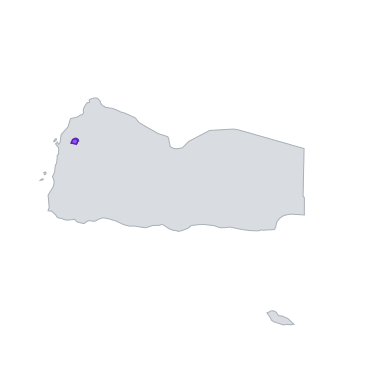 Bani Qays, Hajjah, Yemen shown in context, rotated 24°
{"feature_id": "15242507B13849727966000", "entity_name": "Bani Qays", "entity_type": "district", "adm_level": 2, "iso_a3": "YEM", "parent_name": "Yemen", "parent_adm1": "Hajjah", "projection": "mercator", "projection_center": [43.354, 15.631], "detail": "fine", "context": "in_parent", "style": "filled", "palette": "violet", "viewbox_px": 384, "rotation_deg": 24, "n_neighbors": 0, "source": "geoboundaries", "source_scale": "gbopen_adm2", "svg_char_len": 3933}
<svg xmlns="http://www.w3.org/2000/svg" viewBox="0 0 384 384"><g transform="rotate(24 192 192)"><path d="M304.0,167.3L291.6,171.9L288.3,173.9L285.3,176.4L283.1,179.6L281.6,185.1L282.7,190.1L282.6,192.7L279.4,194.5L276.4,195.8L273.1,197.8L271.1,198.2L269.4,199.8L267.5,200.9L260.6,203.7L253.1,205.9L241.1,208.5L236.4,211.3L232.2,213.2L225.8,213.8L217.0,216.5L212.1,218.7L206.1,222.2L204.7,223.3L203.7,225.8L201.8,228.1L198.1,231.7L195.4,233.6L193.6,233.7L190.0,234.7L185.8,234.9L178.7,233.6L176.9,234.5L175.4,235.9L170.0,238.4L164.4,243.4L160.4,244.7L153.8,246.3L149.2,248.4L146.1,249.2L142.2,249.6L134.8,249.4L127.8,250.2L121.4,251.6L118.4,254.2L114.9,258.4L109.3,260.2L107.9,261.7L106.2,264.8L102.5,265.6L99.2,266.1L95.9,264.7L89.5,268.5L87.1,269.1L83.4,269.2L80.8,270.0L78.9,269.8L76.6,268.3L71.7,266.6L68.1,267.7L67.8,264.2L61.8,253.4L63.0,244.0L63.0,242.6L61.8,238.4L58.3,234.6L58.4,229.7L57.2,226.2L56.2,222.6L56.6,221.6L56.6,220.8L54.8,215.2L54.2,214.1L54.0,212.9L54.6,212.0L54.5,211.0L53.6,209.3L52.5,206.1L47.7,203.5L48.7,201.1L49.6,202.0L50.9,202.7L51.2,201.1L51.2,200.0L49.1,192.8L52.2,183.1L51.2,174.4L55.8,170.9L56.9,169.9L57.6,168.9L58.7,166.9L60.2,166.3L60.7,164.2L60.6,163.2L59.7,162.3L59.0,159.8L59.2,156.7L59.4,155.4L59.9,153.0L61.5,152.2L61.9,151.5L60.7,150.0L60.8,149.1L63.5,146.6L64.6,145.8L66.4,145.0L67.7,145.0L69.3,145.5L70.8,146.2L72.2,147.5L73.6,148.9L75.9,149.5L77.4,149.3L78.6,150.0L79.7,149.6L80.9,148.9L82.8,148.9L84.5,148.1L89.4,147.7L94.1,147.9L99.0,147.2L103.9,147.3L108.9,147.3L110.0,147.4L111.1,147.9L115.2,150.1L118.4,150.5L124.8,151.2L131.6,151.8L137.4,152.4L142.4,151.8L146.6,151.4L147.7,151.5L149.0,152.9L151.4,156.3L153.8,159.5L157.9,159.7L160.6,158.5L163.5,156.8L165.3,155.4L167.3,150.2L168.6,146.8L171.7,143.0L174.2,139.8L177.6,135.5L179.5,133.1L183.2,128.5L186.7,126.7L193.5,123.2L200.2,119.7L204.6,117.5L208.3,116.5L214.5,115.6L221.8,114.5L229.1,113.5L236.9,112.4L245.5,111.2L251.5,110.3L259.0,109.2L265.4,108.4L271.0,107.6L276.7,106.7L277.8,109.3L278.9,111.9L280.0,114.5L281.1,117.1L282.2,119.7L283.3,122.3L284.3,124.9L285.4,127.5L286.5,130.0L287.6,132.6L288.7,135.2L289.8,137.8L290.9,140.4L292.0,142.9L293.0,145.5L294.1,148.1L295.2,150.6L296.9,151.4L298.0,153.8L299.5,157.2L301.0,160.6L302.5,164.0L304.0,167.3ZM320.6,269.3L322.1,269.6L324.4,268.7L331.0,268.6L339.0,271.4L337.5,272.1L336.6,273.1L333.1,274.1L329.6,276.2L319.5,277.3L316.6,276.7L314.1,274.6L309.6,271.9L311.4,270.1L311.8,269.4L312.4,268.6L315.0,267.3L317.5,267.5L320.6,269.3ZM50.9,235.6L50.5,236.1L50.1,236.0L48.6,234.6L50.2,233.1L51.1,234.5L50.9,235.6ZM46.0,201.7L45.3,202.3L45.0,201.3L45.5,199.1L46.3,198.4L46.9,200.1L46.5,201.0L46.0,201.7ZM50.1,242.3L48.5,243.1L49.6,241.1L50.7,240.7L51.0,240.8L50.1,242.3Z" fill="#d9dde1" stroke="#a8b0b8" stroke-width="1"/><path d="M62.1,192.1L61.9,192.3L61.8,192.6L61.8,192.8L61.7,192.9L61.7,193.1L61.6,193.4L61.6,193.6L61.6,194.1L61.6,194.3L61.6,194.5L61.7,194.9L61.7,195.1L61.6,195.5L61.6,195.8L61.6,196.0L61.6,196.3L61.6,196.5L62.0,196.5L62.8,196.1L63.1,196.0L63.3,196.0L63.5,196.0L63.5,195.9L63.8,195.9L64.0,195.8L64.3,195.8L64.5,195.8L64.8,195.8L65.0,195.8L65.4,195.7L65.6,195.6L65.9,195.6L66.1,195.5L66.3,195.5L66.6,195.5L66.8,195.5L66.8,195.4L66.7,195.3L66.7,195.2L66.8,195.0L66.9,194.9L67.0,194.9L67.1,194.7L67.2,194.4L67.1,194.2L67.1,193.9L67.1,193.7L66.9,193.5L66.8,193.4L66.8,193.2L66.8,192.9L66.9,192.7L67.0,192.6L67.0,192.4L66.9,192.4L66.8,192.2L66.7,192.0L66.5,191.9L66.4,191.7L66.5,191.6L66.8,191.4L67.0,191.4L66.9,191.3L66.9,191.2L66.9,190.9L67.0,190.7L66.9,190.6L66.7,190.6L66.4,190.6L66.2,190.5L66.2,190.4L66.0,190.2L65.9,190.2L65.7,190.2L65.4,190.2L65.3,190.3L65.3,190.5L65.2,190.5L65.0,190.8L64.9,190.8L64.9,190.7L64.7,190.7L64.4,190.5L64.4,190.4L64.2,190.3L64.1,190.2L64.0,190.3L63.9,190.4L63.7,190.5L63.1,190.8L62.9,191.1L62.7,191.3L62.7,191.5L62.7,191.8L62.7,192.0L62.4,192.1L62.2,192.1L62.1,192.1Z" fill="#8b5cf6" stroke="#5b21b6" stroke-width="1.5"/></g></svg>